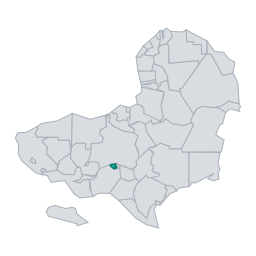 where Burundi sits in Africa, rotated 90°
{"feature_id": "BDI", "entity_name": "Burundi", "entity_type": "country or territory", "adm_level": 0, "iso_a3": "BDI", "parent_name": "Africa", "parent_adm1": "", "projection": "mercator", "projection_center": [29.996, -3.384], "detail": "fine", "context": "in_parent", "style": "filled", "palette": "teal", "viewbox_px": 256, "rotation_deg": 90, "n_neighbors": 49, "source": "natural_earth", "source_scale": "50m", "svg_char_len": 10670}
<svg xmlns="http://www.w3.org/2000/svg" viewBox="0 0 256 256"><g transform="rotate(90 128 128)"><path d="M177.9,135.4L193.3,146.2L193.3,157.4L196.5,162.8L194.2,164.5L179.8,166.3L177.4,160.1L168.7,156.9L165.4,151.6L164.6,145.7L168.7,142.4L167.8,135.9L177.9,135.4Z" fill="#d9dde1" stroke="#a8b0b8" stroke-width="1"/><path d="M54.1,49.7L54.1,54.6L44.5,54.5L44.6,62.7L41.9,62.9L41.7,69.1L29.7,70.1L41.2,48.8L54.1,49.7Z" fill="#d9dde1" stroke="#a8b0b8" stroke-width="1"/><path d="M164.6,145.7L168.7,156.9L162.9,157.5L161.8,167.1L165.4,168.3L165.7,171.5L158.3,166.6L143.7,165.0L142.5,153.9L137.7,152.8L134.6,155.9L130.1,156.1L126.8,149.7L114.7,149.5L118.9,145.7L121.7,147.1L125.9,142.9L130.6,133.8L133.2,120.4L135.9,117.9L144.5,120.9L153.9,117.3L158.9,117.4L162.0,120.1L165.7,119.2L170.0,126.2L166.2,130.9L164.6,145.7Z" fill="#d9dde1" stroke="#a8b0b8" stroke-width="1"/><path d="M200.2,137.5L198.5,124.5L201.8,120.3L210.1,118.0L218.3,109.2L206.3,105.8L203.1,101.7L204.8,99.0L209.0,102.1L227.9,97.4L224.9,109.0L218.1,120.3L200.2,137.5Z" fill="#d9dde1" stroke="#a8b0b8" stroke-width="1"/><path d="M193.3,146.2L177.9,135.4L181.2,127.1L178.2,120.2L182.0,116.6L190.2,122.1L201.0,121.2L198.5,124.5L200.2,137.5L193.3,146.2Z" fill="#d9dde1" stroke="#a8b0b8" stroke-width="1"/><path d="M150.8,108.6L148.5,107.3L147.5,106.5L147.8,103.1L143.1,95.7L146.3,86.4L148.8,86.6L148.7,73.2L152.0,73.2L152.0,67.0L186.5,67.0L188.3,77.5L191.0,79.4L186.5,82.6L184.8,92.8L178.9,101.5L178.1,107.2L174.5,96.7L170.5,103.9L166.5,102.5L163.5,105.1L157.1,104.9L152.2,102.6L148.8,107.4L150.8,108.6Z" fill="#d9dde1" stroke="#a8b0b8" stroke-width="1"/><path d="M148.6,74.5L148.8,86.6L146.3,86.4L143.1,95.7L145.8,100.0L131.6,109.6L123.7,111.0L119.9,104.7L124.3,103.4L121.8,93.5L118.7,90.4L123.7,83.6L125.6,72.0L122.5,64.3L125.4,62.5L148.6,74.5Z" fill="#d9dde1" stroke="#a8b0b8" stroke-width="1"/><path d="M126.8,219.4L128.2,217.7L133.0,220.9L137.2,219.0L137.2,207.0L140.1,213.6L142.1,213.3L147.1,208.6L153.9,209.3L164.9,198.5L170.0,199.0L172.2,205.7L171.9,210.4L169.6,210.1L168.5,213.4L170.3,215.1L174.8,213.3L173.0,220.0L161.4,233.6L154.3,237.6L145.0,237.4L137.7,240.6L132.8,238.3L132.3,229.7L126.8,219.4ZM163.6,220.6L161.0,220.3L157.8,223.7L161.0,226.0L163.6,220.6Z" fill="#d9dde1" stroke="#a8b0b8" stroke-width="1"/><path d="M163.6,220.6L161.0,226.0L157.8,223.7L161.0,220.3L163.6,220.6Z" fill="#d9dde1" stroke="#a8b0b8" stroke-width="1"/><path d="M170.0,199.0L160.8,196.6L152.8,185.0L158.0,185.6L167.3,178.3L174.8,181.9L174.3,192.9L170.0,199.0Z" fill="#d9dde1" stroke="#a8b0b8" stroke-width="1"/><path d="M164.9,198.5L153.9,209.3L147.1,208.6L142.1,213.3L140.1,213.6L137.2,207.0L137.2,197.7L140.0,197.6L140.1,186.6L152.8,185.0L160.8,196.6L164.9,198.5Z" fill="#d9dde1" stroke="#a8b0b8" stroke-width="1"/><path d="M137.2,197.7L137.2,219.0L133.0,220.9L128.2,217.7L126.8,219.4L123.5,214.5L120.8,198.6L113.4,183.7L152.2,184.5L140.1,186.6L140.0,197.6L137.2,197.7Z" fill="#d9dde1" stroke="#a8b0b8" stroke-width="1"/><path d="M30.7,92.7L28.1,89.3L32.4,84.1L36.9,83.6L43.9,89.6L45.8,96.1L30.8,96.3L30.3,94.0L39.1,93.0L30.7,92.7Z" fill="#d9dde1" stroke="#a8b0b8" stroke-width="1"/><path d="M45.8,96.1L43.9,89.6L45.4,87.3L63.2,87.0L60.5,57.6L65.0,57.6L88.5,74.2L88.5,76.1L91.7,75.8L89.9,86.8L76.2,88.5L67.7,93.1L63.6,102.3L56.0,102.8L52.8,96.5L49.8,97.9L45.8,96.1Z" fill="#d9dde1" stroke="#a8b0b8" stroke-width="1"/><path d="M29.7,70.1L41.7,69.1L41.9,62.9L44.6,62.7L44.5,54.5L54.1,54.6L54.1,49.7L65.0,57.6L60.5,57.6L63.2,87.0L45.4,87.3L43.9,89.6L36.9,83.6L31.4,85.0L32.0,72.9L29.7,70.1Z" fill="#d9dde1" stroke="#a8b0b8" stroke-width="1"/><path d="M87.1,114.4L84.7,114.7L84.2,105.9L81.6,102.0L87.6,96.7L90.4,101.2L87.2,107.8L87.1,114.4Z" fill="#d9dde1" stroke="#a8b0b8" stroke-width="1"/><path d="M122.5,64.3L125.6,72.0L123.7,83.6L118.7,90.4L121.8,93.5L120.6,96.0L117.4,92.7L105.5,95.0L95.1,91.9L91.3,92.9L89.8,98.5L82.3,94.9L80.4,88.7L89.9,86.8L91.7,75.8L114.2,62.3L120.4,65.4L122.5,64.3Z" fill="#d9dde1" stroke="#a8b0b8" stroke-width="1"/><path d="M87.1,114.4L92.0,92.2L105.5,95.0L117.4,92.7L121.7,97.2L113.5,112.2L106.2,113.8L104.0,118.7L96.5,120.2L91.9,114.3L87.1,114.4Z" fill="#d9dde1" stroke="#a8b0b8" stroke-width="1"/><path d="M121.5,94.9L124.3,103.4L119.9,104.7L124.2,110.2L121.4,118.8L125.7,127.6L107.4,126.0L104.0,119.5L104.8,116.6L108.7,112.1L113.5,112.2L121.5,94.9Z" fill="#d9dde1" stroke="#a8b0b8" stroke-width="1"/><path d="M81.9,100.4L84.7,114.7L82.4,115.3L79.2,101.3L81.9,100.4Z" fill="#d9dde1" stroke="#a8b0b8" stroke-width="1"/><path d="M79.4,100.4L82.4,115.3L71.0,118.1L70.8,100.5L79.4,100.4Z" fill="#d9dde1" stroke="#a8b0b8" stroke-width="1"/><path d="M56.0,102.8L61.3,101.8L71.1,104.4L71.0,118.1L56.9,119.9L57.3,116.0L54.3,113.7L56.0,102.8Z" fill="#d9dde1" stroke="#a8b0b8" stroke-width="1"/><path d="M39.5,95.7L49.8,97.9L52.8,96.5L56.0,102.8L55.2,110.2L52.5,111.3L50.9,107.7L48.8,108.2L47.0,103.2L40.8,106.6L35.3,100.3L39.5,95.7Z" fill="#d9dde1" stroke="#a8b0b8" stroke-width="1"/><path d="M30.8,96.3L39.5,95.7L39.3,98.0L35.3,100.3L30.8,96.3Z" fill="#d9dde1" stroke="#a8b0b8" stroke-width="1"/><path d="M54.8,110.2L54.3,113.7L57.3,116.0L56.9,119.9L46.0,112.8L49.6,108.1L52.5,111.3L54.8,110.2Z" fill="#d9dde1" stroke="#a8b0b8" stroke-width="1"/><path d="M40.8,106.6L47.0,103.2L49.6,108.1L46.0,112.8L40.8,106.6Z" fill="#d9dde1" stroke="#a8b0b8" stroke-width="1"/><path d="M63.6,102.3L66.9,93.8L76.2,88.5L80.4,88.7L82.3,94.9L85.6,95.6L81.9,100.4L70.8,100.5L71.1,104.4L63.6,102.3Z" fill="#d9dde1" stroke="#a8b0b8" stroke-width="1"/><path d="M158.9,117.4L150.3,117.7L144.5,120.9L135.9,117.9L133.0,122.4L129.1,121.7L125.9,126.0L121.4,116.7L123.7,111.0L131.6,109.6L145.8,100.0L147.5,106.5L158.9,117.4Z" fill="#d9dde1" stroke="#a8b0b8" stroke-width="1"/><path d="M133.0,122.4L130.6,133.8L125.9,142.9L121.7,147.1L116.0,145.5L114.0,147.3L111.6,144.2L113.8,142.6L112.7,140.6L115.9,138.3L120.0,139.8L121.3,136.5L119.6,132.5L120.8,129.1L117.9,128.8L117.3,126.0L125.7,127.6L129.1,121.7L133.0,122.4Z" fill="#d9dde1" stroke="#a8b0b8" stroke-width="1"/><path d="M112.1,126.0L117.0,125.8L117.9,128.8L120.8,129.1L119.6,132.5L121.3,136.5L120.0,139.8L115.9,138.3L112.7,140.6L113.8,142.6L111.6,144.2L104.9,135.8L106.9,129.7L112.1,129.5L112.1,126.0Z" fill="#d9dde1" stroke="#a8b0b8" stroke-width="1"/><path d="M107.4,126.0L112.1,126.0L112.1,129.5L106.9,129.7L107.4,126.0Z" fill="#d9dde1" stroke="#a8b0b8" stroke-width="1"/><path d="M168.7,156.9L175.9,160.9L174.4,172.9L175.9,173.6L167.1,176.1L167.3,178.3L158.0,185.6L146.8,184.4L143.0,180.0L143.1,170.4L149.1,170.5L148.8,164.6L158.3,166.6L165.7,171.5L165.4,168.3L161.8,167.1L162.0,159.4L163.7,157.1L168.7,156.9Z" fill="#d9dde1" stroke="#a8b0b8" stroke-width="1"/><path d="M174.6,159.6L179.0,162.3L179.8,172.5L183.1,175.6L181.2,182.2L179.5,175.6L174.4,172.9L176.7,163.4L174.6,159.6Z" fill="#d9dde1" stroke="#a8b0b8" stroke-width="1"/><path d="M179.8,166.3L188.3,166.5L196.5,162.8L197.9,175.8L194.0,181.9L180.5,191.3L182.4,204.9L175.3,208.9L174.8,213.3L172.6,213.3L170.0,199.0L174.3,192.9L174.8,181.9L167.5,179.4L167.1,176.1L175.9,173.6L179.5,175.6L181.2,182.2L183.1,175.6L179.8,172.5L179.8,166.3Z" fill="#d9dde1" stroke="#a8b0b8" stroke-width="1"/><path d="M172.6,213.3L170.3,215.1L168.5,213.4L169.6,210.1L172.6,213.3Z" fill="#d9dde1" stroke="#a8b0b8" stroke-width="1"/><path d="M114.0,147.3L116.0,147.1L114.7,149.5L114.0,147.3ZM115.1,150.4L126.8,149.7L130.1,156.1L134.6,155.9L137.7,152.8L142.5,153.9L143.7,165.0L149.2,165.5L149.1,170.5L143.1,170.4L143.0,180.0L146.8,184.4L113.4,183.7L119.3,165.7L115.1,150.4Z" fill="#d9dde1" stroke="#a8b0b8" stroke-width="1"/><path d="M222.4,167.9L225.8,178.9L223.8,178.9L216.3,207.5L211.4,209.7L207.4,207.7L205.4,200.6L208.6,190.2L207.2,184.0L208.6,180.4L214.0,179.1L222.4,167.9Z" fill="#d9dde1" stroke="#a8b0b8" stroke-width="1"/><path d="M30.3,94.0L35.5,91.8L39.1,93.0L30.3,94.0Z" fill="#d9dde1" stroke="#a8b0b8" stroke-width="1"/><path d="M106.9,40.0L101.2,27.0L103.8,16.8L107.0,15.4L108.9,17.6L111.4,16.3L108.8,26.2L112.7,30.4L106.9,40.0Z" fill="#d9dde1" stroke="#a8b0b8" stroke-width="1"/><path d="M54.1,49.7L54.1,44.9L75.5,33.4L73.0,23.2L75.8,21.3L83.6,18.1L103.8,16.8L101.2,27.0L105.6,33.9L107.8,43.0L106.4,53.9L109.3,59.5L114.2,62.3L95.8,74.5L88.5,76.1L88.5,74.2L54.1,49.7Z" fill="#d9dde1" stroke="#a8b0b8" stroke-width="1"/><path d="M185.2,90.2L186.5,82.6L191.0,79.4L193.5,85.7L204.6,95.4L202.5,95.8L195.7,89.9L185.2,90.2Z" fill="#d9dde1" stroke="#a8b0b8" stroke-width="1"/><path d="M41.2,48.8L51.5,41.3L52.3,32.3L59.2,27.0L62.1,21.1L73.0,23.2L75.5,33.4L54.1,44.9L54.1,48.8L41.2,48.8Z" fill="#d9dde1" stroke="#a8b0b8" stroke-width="1"/><path d="M186.5,67.0L152.0,67.0L152.5,35.8L163.4,38.1L169.4,35.8L172.3,37.9L179.0,37.0L180.9,42.7L178.6,48.3L173.3,41.9L183.1,60.9L182.6,63.5L186.5,67.0Z" fill="#d9dde1" stroke="#a8b0b8" stroke-width="1"/><path d="M151.8,34.6L152.0,73.2L148.6,74.5L125.4,62.5L120.4,65.4L109.3,59.5L106.4,53.9L108.2,36.4L112.7,30.4L123.6,33.4L125.0,36.4L134.8,40.2L140.0,31.9L151.8,34.6Z" fill="#d9dde1" stroke="#a8b0b8" stroke-width="1"/><path d="M218.3,109.2L210.1,118.0L194.3,122.6L184.5,119.6L175.1,109.9L185.2,90.2L188.6,90.8L189.5,88.6L200.3,93.1L202.5,95.8L200.7,100.3L203.7,100.6L206.3,105.8L218.3,109.2Z" fill="#d9dde1" stroke="#a8b0b8" stroke-width="1"/><path d="M202.5,95.8L205.3,96.3L203.7,100.6L200.7,100.3L202.5,95.8Z" fill="#d9dde1" stroke="#a8b0b8" stroke-width="1"/><path d="M177.9,135.4L165.3,136.5L170.2,121.6L178.2,120.2L179.6,122.3L181.2,127.1L177.9,135.4Z" fill="#d9dde1" stroke="#a8b0b8" stroke-width="1"/><path d="M167.8,135.9L168.8,139.2L163.7,140.9L164.5,137.3L167.8,135.9Z" fill="#d9dde1" stroke="#a8b0b8" stroke-width="1"/><path d="M169.0,122.4L165.7,119.2L160.7,119.8L148.8,107.4L154.3,102.2L157.1,104.9L163.5,105.1L166.5,102.5L170.5,103.9L173.5,100.2L172.6,97.5L175.9,96.9L178.1,107.2L175.1,109.9L182.0,116.6L176.4,121.6L169.0,122.4Z" fill="#d9dde1" stroke="#a8b0b8" stroke-width="1"/><path d="M168.2,139.6L167.8,140.2L167.8,140.3L167.9,140.6L167.8,140.8L167.8,141.0L168.0,141.1L168.3,141.1L168.6,141.3L168.8,141.3L168.9,141.5L168.9,141.9L168.8,142.1L168.5,142.2L168.4,142.3L168.4,142.5L168.1,142.8L167.8,143.0L167.7,143.2L167.7,143.5L167.3,143.8L167.1,144.2L167.0,144.5L166.4,145.1L165.9,145.5L165.7,145.6L164.8,145.5L164.7,145.1L164.6,144.5L164.3,144.0L164.3,143.8L164.3,143.3L164.3,142.7L164.3,142.4L164.3,142.1L164.3,141.7L164.1,141.2L163.8,140.9L163.7,140.7L163.7,140.3L163.8,140.2L164.2,140.2L164.5,140.4L164.7,140.7L164.8,140.8L165.0,140.8L165.5,140.7L165.9,140.6L166.2,140.5L166.2,140.3L166.3,140.0L166.3,139.4L166.5,139.4L166.8,139.6L167.0,139.6L167.2,139.4L167.3,139.4L167.7,139.3L168.0,139.5L168.2,139.6Z" fill="#14b8a6" stroke="#0f766e" stroke-width="1.5"/></g></svg>